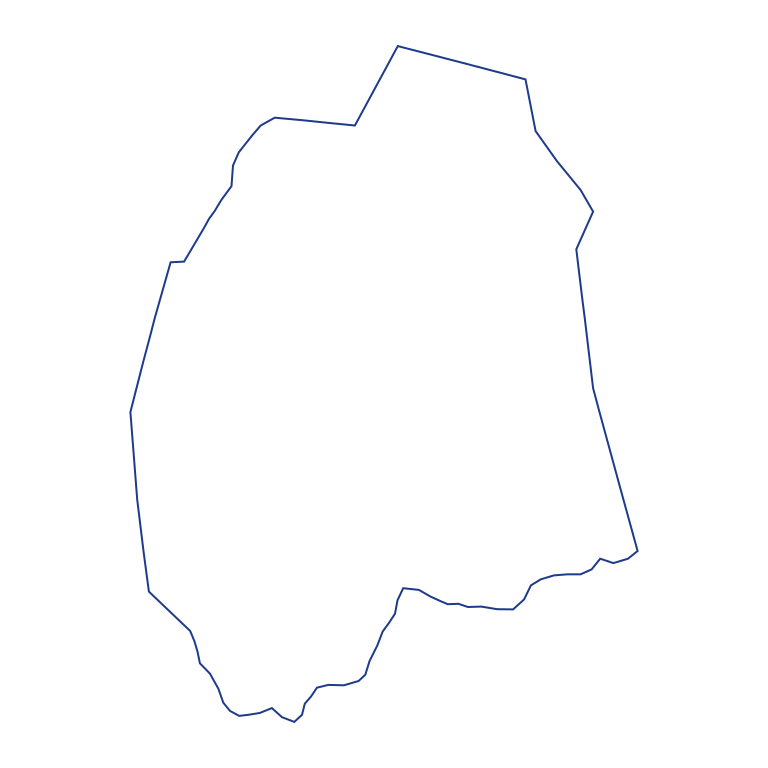 Barreira, Ceará, Brazil
{"feature_id": "56859067B94020950784274", "entity_name": "Barreira", "entity_type": "district", "adm_level": 2, "iso_a3": "BRA", "parent_name": "Brazil", "parent_adm1": "Ceará", "projection": "natural_earth1", "projection_center": [-38.623, -4.321], "detail": "fine", "context": "isolated", "style": "outline", "palette": "blue", "viewbox_px": 768, "rotation_deg": 0, "n_neighbors": 0, "source": "geoboundaries", "source_scale": "gbopen_adm2", "svg_char_len": 1156}
<svg xmlns="http://www.w3.org/2000/svg" viewBox="0 0 768 768"><path d="M170.6,262.3L154.7,318.3L150.4,335.0L143.3,361.6L130.4,412.0L137.2,499.5L143.7,552.7L148.9,591.6L190.2,631.0L194.5,641.4L197.5,651.6L199.9,663.3L210.0,673.7L218.4,688.8L223.3,702.7L230.0,710.9L239.2,715.9L248.3,714.8L259.7,713.0L271.9,708.1L282.0,717.2L294.3,721.9L302.0,714.8L304.8,703.7L311.1,696.4L316.9,687.7L328.3,684.9L343.8,685.3L358.6,681.0L365.3,674.7L369.6,660.9L377.3,645.5L382.7,631.5L389.2,622.6L395.0,613.7L397.5,600.3L403.2,588.2L418.9,589.9L430.2,596.4L439.1,600.5L447.7,604.2L458.4,603.8L467.9,607.0L481.4,606.6L497.2,609.2L513.1,609.4L524.1,599.4L530.9,585.4L540.8,579.3L553.9,575.4L567.7,574.3L580.6,574.3L591.6,569.4L600.2,558.7L613.3,563.1L628.0,558.7L637.6,551.0L620.0,487.1L598.9,409.9L593.1,388.2L584.9,319.4L582.5,300.6L576.3,249.3L593.1,211.6L580.6,190.0L557.0,161.2L535.6,131.1L525.5,79.4L467.0,64.0L397.8,46.1L354.9,125.5L328.5,122.9L301.4,120.1L274.7,117.7L260.7,125.5L252.1,135.5L246.3,142.8L238.8,152.3L233.0,165.5L231.5,186.1L221.4,199.9L214.7,211.0L208.9,219.0L204.2,227.6L184.1,261.6L170.6,262.3Z" fill="none" stroke="#1e3a8a" stroke-width="2"/></svg>